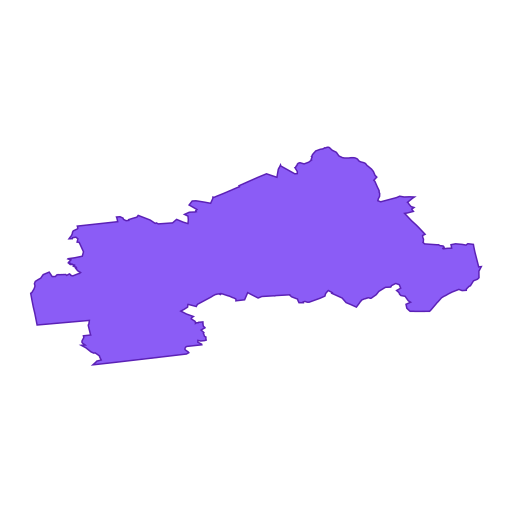 the district of Lībagu pag., Talsi, Latvia
{"feature_id": "27541924B65314964158479", "entity_name": "Lībagu pag.", "entity_type": "district", "adm_level": 2, "iso_a3": "LVA", "parent_name": "Latvia", "parent_adm1": "Talsi", "projection": "equal_earth", "projection_center": [22.565, 57.178], "detail": "fine", "context": "isolated", "style": "filled", "palette": "violet", "viewbox_px": 512, "rotation_deg": 0, "n_neighbors": 0, "source": "geoboundaries", "source_scale": "gbopen_adm2", "svg_char_len": 5833}
<svg xmlns="http://www.w3.org/2000/svg" viewBox="0 0 512 512"><path d="M327.1,147.3L325.1,148.0L324.7,147.8L323.6,148.5L322.8,148.9L320.2,149.3L315.6,151.0L314.5,152.4L314.3,152.6L314.2,152.6L313.7,153.2L312.5,154.6L311.8,156.3L311.5,156.6L312.1,157.1L311.1,159.5L311.6,160.0L308.7,162.2L304.1,163.9L299.9,162.7L298.3,163.2L297.3,164.2L297.2,164.7L296.7,165.7L296.1,166.2L295.5,167.6L295.0,167.7L297.3,171.5L297.3,172.1L297.3,173.6L294.8,173.8L280.8,166.0L280.5,165.0L279.1,168.0L278.9,168.0L278.3,169.3L276.9,177.3L266.5,173.8L258.0,177.3L239.0,185.7L239.5,186.7L236.7,187.8L223.7,193.4L217.2,196.0L214.2,197.3L212.9,197.1L212.9,198.0L212.8,198.5L210.6,203.3L204.8,202.2L198.1,201.1L195.9,200.8L192.2,201.0L189.1,205.0L197.0,209.5L195.7,210.8L195.8,211.2L196.2,211.7L194.9,212.0L189.5,212.2L189.1,212.3L184.5,214.4L186.1,215.2L186.3,215.2L186.9,215.6L188.0,216.1L188.3,219.8L188.0,223.6L187.9,223.6L183.1,222.1L176.6,219.4L175.1,220.7L172.6,222.9L158.3,223.9L156.3,222.9L155.2,223.4L150.1,220.0L138.2,215.4L136.8,217.2L132.8,218.3L128.7,219.6L128.8,220.4L126.1,220.7L123.5,219.4L123.0,218.1L120.0,216.7L116.5,217.0L117.0,218.4L117.7,221.7L77.3,226.1L77.8,227.9L77.8,228.3L77.6,228.7L77.0,229.1L73.4,230.8L73.0,231.3L72.5,232.3L72.3,233.6L71.7,235.1L71.1,236.1L70.0,237.4L69.0,238.8L72.3,238.7L72.6,237.7L75.9,237.2L77.9,238.8L77.1,242.1L79.2,242.4L83.5,251.8L82.3,256.2L74.6,257.8L68.1,258.7L67.9,258.9L70.9,259.9L70.5,260.4L68.5,262.4L68.8,262.6L69.0,262.8L68.6,263.1L68.9,263.3L69.5,263.0L69.8,263.0L70.0,263.1L70.3,263.4L70.4,263.8L69.8,263.8L69.6,264.0L69.8,264.2L70.2,264.5L71.2,264.6L71.4,264.4L71.5,264.1L71.8,264.0L72.3,264.2L72.5,264.5L74.2,265.0L73.9,265.3L74.3,265.5L74.2,265.6L73.9,265.8L74.4,265.9L74.4,266.0L74.2,266.2L74.5,266.2L74.5,266.4L74.2,266.6L74.3,266.7L74.6,266.6L74.8,266.9L75.3,267.0L75.7,267.0L75.9,267.1L75.8,267.3L76.0,267.5L75.9,267.5L76.2,268.0L75.7,268.3L77.7,270.8L80.6,272.5L79.4,273.5L78.8,273.5L72.8,275.9L71.3,275.6L70.7,275.3L70.6,275.1L70.6,274.7L69.4,273.9L66.7,275.4L65.7,274.5L59.2,274.7L57.9,274.6L57.5,274.8L56.8,274.9L55.4,276.5L52.2,276.6L49.2,272.1L43.2,274.6L40.7,278.2L38.3,279.5L35.3,281.4L34.4,283.8L34.9,285.3L34.9,286.4L34.5,287.7L33.9,289.1L31.9,292.5L30.7,293.3L32.0,300.4L33.3,307.0L34.8,313.3L37.1,325.0L89.4,320.4L88.9,323.9L88.3,324.9L88.3,325.6L90.4,334.2L90.7,335.0L83.4,335.8L83.8,337.6L82.1,340.7L81.9,342.1L82.6,343.2L85.1,345.0L81.3,345.3L85.9,347.8L91.0,351.9L93.7,353.1L95.2,352.9L99.2,355.7L99.4,355.8L99.5,356.0L99.4,356.1L99.7,357.0L101.2,360.0L96.8,361.1L96.3,361.7L94.5,363.4L94.4,363.6L94.0,363.8L92.9,364.8L95.0,364.6L114.8,362.4L169.6,356.0L186.5,354.0L188.8,352.7L188.1,351.8L186.7,350.9L185.6,350.1L185.0,349.5L184.9,349.3L184.9,348.9L185.2,347.9L186.0,346.8L186.4,346.6L187.0,346.4L201.8,344.8L201.7,344.2L197.8,342.2L197.9,340.4L200.7,341.0L204.6,340.6L206.2,340.1L205.9,338.9L205.9,337.0L204.5,336.4L204.0,334.8L203.4,333.6L203.9,332.6L201.1,330.1L202.3,329.3L205.0,327.8L205.0,327.6L203.4,326.3L202.9,323.8L203.0,323.8L202.9,321.9L198.5,322.3L198.1,322.8L196.8,322.7L195.5,323.4L195.6,322.5L195.1,321.9L195.1,321.4L191.2,318.8L191.7,317.7L193.4,316.5L186.4,314.0L184.5,313.0L180.8,311.1L184.0,309.4L187.6,307.1L187.9,304.4L188.3,304.4L196.3,306.5L196.6,305.8L197.5,304.3L211.1,297.0L213.1,295.7L215.7,294.4L216.3,294.4L216.6,294.2L219.2,293.8L219.0,294.0L219.8,294.2L220.3,294.6L221.5,293.7L221.8,293.7L228.0,295.8L228.8,296.0L228.9,295.9L232.4,297.5L233.7,297.9L235.7,298.9L236.0,299.9L235.9,300.8L244.6,299.8L247.7,292.6L249.9,293.8L258.1,298.0L259.4,297.5L261.8,296.5L273.5,295.8L274.9,295.9L275.6,295.6L289.8,294.8L289.9,295.3L291.6,296.8L297.0,298.9L297.5,299.0L298.0,300.6L299.0,302.7L303.3,302.7L303.1,302.0L304.9,301.4L307.3,302.2L309.1,302.2L319.9,298.3L324.9,296.1L325.6,293.6L326.9,292.0L328.3,290.5L332.3,292.7L331.8,293.3L342.1,298.0L346.1,302.6L351.1,304.7L356.4,307.1L359.3,303.2L359.7,302.6L360.0,302.1L360.5,301.6L361.3,300.6L361.3,300.4L362.0,299.9L364.5,298.8L364.9,298.8L366.0,298.5L366.3,298.2L366.9,298.2L368.1,297.7L368.8,297.8L370.4,298.3L371.1,298.2L371.4,298.1L371.9,297.7L376.2,294.7L378.8,291.4L384.1,288.1L385.5,287.3L390.4,287.1L390.9,286.9L391.5,285.6L395.4,283.6L395.9,283.5L399.3,284.7L400.7,288.2L396.6,290.5L398.7,292.3L399.8,294.2L399.7,294.3L400.9,295.5L405.1,296.3L408.3,300.8L410.6,302.2L406.0,304.3L406.8,308.2L408.2,309.6L410.1,311.3L413.9,311.3L414.8,311.4L421.0,311.4L429.6,311.3L431.0,309.9L436.6,303.3L437.1,302.6L438.0,301.8L441.5,297.8L444.1,296.2L445.5,295.6L448.4,293.9L452.2,292.0L458.9,289.4L462.1,290.6L466.3,290.3L466.4,289.0L469.1,286.3L470.4,285.8L473.5,280.8L477.5,279.2L479.0,277.7L478.9,271.2L481.3,266.6L478.7,266.9L474.9,252.1L473.7,246.3L473.4,244.4L467.8,243.7L466.0,245.1L462.2,244.4L455.5,243.8L451.0,244.7L451.4,246.5L451.6,248.2L447.5,248.3L443.2,248.8L442.8,248.3L444.1,247.4L443.8,246.7L443.3,246.1L441.8,245.8L440.2,245.7L438.4,244.7L437.5,244.8L424.6,243.9L423.0,242.4L423.3,241.8L423.5,239.2L423.0,238.0L422.7,237.1L422.6,235.5L425.1,234.3L418.7,227.5L416.1,224.9L411.5,220.7L404.6,213.4L407.2,213.0L413.4,211.4L411.8,209.4L412.0,208.7L412.9,208.3L414.0,207.5L411.4,206.7L410.7,206.2L409.1,204.3L408.3,203.0L407.5,202.3L412.6,198.2L414.4,197.0L409.6,196.8L404.2,197.0L399.7,196.2L396.5,197.6L380.7,201.8L377.8,200.7L378.3,198.9L379.6,196.3L379.7,193.5L379.2,192.4L379.1,190.6L377.4,187.1L374.9,181.4L373.8,180.3L376.8,177.1L375.0,175.3L373.4,171.5L371.5,169.1L367.9,166.1L367.2,165.7L365.5,163.5L363.9,162.7L360.8,161.9L359.7,161.4L358.8,160.8L357.5,159.1L356.7,158.6L355.0,157.9L353.5,157.7L351.0,157.7L348.7,158.0L347.8,158.0L344.5,158.0L342.8,157.7L342.0,157.5L341.0,156.9L339.8,156.4L338.8,155.8L337.4,153.8L336.7,152.8L336.4,152.4L336.0,152.1L332.3,150.3L330.2,148.4L329.8,147.9L329.2,147.5L328.2,147.2L327.1,147.3Z" fill="#8b5cf6" stroke="#5b21b6" stroke-width="1.5"/></svg>